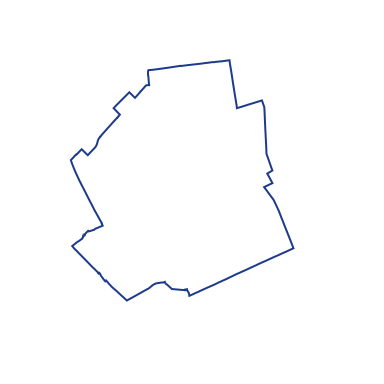 Veenendaal, Utrecht, Netherlands, rotated 220°
{"feature_id": "6326949B99010432218754", "entity_name": "Veenendaal", "entity_type": "district", "adm_level": 2, "iso_a3": "NLD", "parent_name": "Netherlands", "parent_adm1": "Utrecht", "projection": "albers", "projection_center": [5.554, 52.023], "detail": "fine", "context": "isolated", "style": "outline", "palette": "blue", "viewbox_px": 384, "rotation_deg": 220, "n_neighbors": 0, "source": "geoboundaries", "source_scale": "gbopen_adm2", "svg_char_len": 5660}
<svg xmlns="http://www.w3.org/2000/svg" viewBox="0 0 384 384"><g transform="rotate(220 192 192)"><path d="M211.0,69.5L211.0,70.5L210.9,70.5L208.5,69.7L208.3,69.5L207.8,69.3L204.9,68.6L202.6,68.1L201.1,67.8L201.0,69.0L200.2,68.9L198.1,68.6L196.1,68.2L194.0,68.0L192.8,67.8L189.5,67.7L187.0,67.7L184.7,67.6L178.9,67.3L175.4,67.2L174.8,67.1L173.8,67.1L172.1,67.0L171.8,68.0L170.4,71.5L168.3,77.0L164.4,87.3L163.6,89.4L163.4,89.6L163.2,90.0L163.2,90.3L163.0,91.1L162.5,94.0L162.3,95.1L162.0,96.0L161.8,96.7L161.6,97.2L161.2,98.0L160.7,99.0L159.1,100.8L157.5,102.7L157.0,103.3L156.4,103.7L155.8,104.1L155.1,105.7L153.5,104.9L151.0,105.0L148.4,104.9L145.9,104.8L145.1,104.7L136.5,110.7L135.1,111.8L134.4,112.1L134.1,112.3L133.9,112.5L134.5,112.9L133.9,113.6L133.7,113.8L133.5,114.1L133.4,114.3L132.6,113.8L131.6,113.3L130.4,112.9L129.5,112.6L128.7,112.0L128.4,111.8L127.3,110.8L127.0,111.3L126.7,111.9L126.3,112.8L125.9,113.5L125.4,114.7L124.8,115.9L124.2,117.3L123.9,117.8L123.2,119.1L122.6,120.5L122.4,121.1L121.7,122.4L121.3,123.2L120.9,124.1L120.6,124.8L120.2,125.6L119.7,126.6L119.4,127.2L118.7,128.8L118.3,129.5L117.9,130.2L117.7,130.6L117.6,130.9L117.3,131.6L116.5,133.1L116.1,134.0L115.8,134.6L115.3,135.6L115.1,135.9L115.0,136.2L114.8,136.7L114.7,136.9L114.5,137.4L114.4,137.6L114.1,138.2L113.9,138.6L113.7,139.2L113.4,139.9L113.2,140.3L112.9,140.9L112.7,141.3L112.3,142.0L112.0,142.8L111.8,143.2L111.5,143.8L111.3,144.3L111.0,144.8L110.8,145.3L110.4,146.1L110.2,146.4L110.1,146.8L109.9,147.0L109.7,147.4L109.5,148.0L109.2,148.5L109.0,149.2L108.6,149.9L108.5,150.3L108.4,150.5L108.2,150.9L108.0,151.4L107.7,152.0L107.3,152.8L106.4,154.9L105.9,155.9L105.7,156.4L105.4,157.1L105.2,157.5L104.6,158.8L104.3,159.4L104.0,159.9L103.5,160.9L103.2,161.7L102.9,162.3L102.5,163.0L102.3,163.6L101.9,164.4L100.9,166.3L100.7,166.8L100.6,167.0L99.1,170.2L98.7,171.0L98.5,171.6L98.4,171.7L98.1,172.4L97.4,173.8L97.1,174.4L96.7,175.3L96.3,176.1L96.0,176.7L95.6,177.6L95.1,178.8L94.9,179.2L92.6,184.0L91.0,187.2L89.7,190.0L89.5,190.5L89.3,190.7L89.0,191.5L88.7,192.1L87.8,194.0L86.5,196.7L86.1,197.4L85.0,199.7L84.5,200.8L83.5,202.8L83.4,203.1L82.8,204.3L81.5,206.9L80.1,209.9L79.3,211.6L79.2,211.8L78.1,214.1L80.6,215.5L87.9,219.5L93.1,222.3L100.2,226.1L100.3,226.2L103.1,227.7L103.2,227.8L107.0,229.8L113.3,233.3L123.0,237.8L124.7,238.5L129.0,239.5L137.2,241.5L138.8,241.8L139.9,242.1L139.8,242.4L139.3,243.5L138.8,244.5L137.9,246.6L137.4,247.7L136.4,249.7L136.1,250.5L136.9,250.8L138.4,251.4L140.1,252.1L140.7,252.3L142.4,253.0L143.0,253.3L144.2,253.7L145.8,254.4L146.2,254.5L145.9,255.3L145.7,256.1L145.2,257.3L144.9,258.1L144.6,259.1L144.2,260.1L148.3,262.5L155.5,266.8L156.9,267.6L157.3,267.8L158.9,268.8L159.4,269.1L159.5,269.2L160.1,269.8L162.7,272.7L165.0,275.2L167.3,277.6L168.1,278.5L168.4,278.9L170.8,281.4L174.2,285.1L176.2,287.2L179.1,290.4L182.9,294.5L183.1,294.8L185.7,297.6L186.2,298.1L187.6,299.7L191.1,303.4L191.9,303.9L197.3,307.1L201.9,299.9L205.0,295.2L207.7,290.9L207.8,290.8L208.2,290.2L208.4,289.7L208.9,289.0L209.6,288.0L210.6,286.4L211.5,285.1L213.6,287.1L215.7,288.9L217.3,290.3L219.3,292.0L220.6,293.1L224.4,296.4L230.6,301.8L235.6,306.2L238.1,308.4L239.0,309.2L240.4,310.4L245.2,314.5L247.9,316.9L248.0,317.0L253.7,310.7L254.2,310.4L255.8,308.6L256.4,308.0L256.8,307.7L257.7,306.7L258.4,305.8L259.0,305.2L259.5,305.0L262.9,301.2L263.4,300.7L264.2,299.9L265.4,298.6L266.5,297.3L269.9,293.7L275.8,287.5L281.5,281.4L281.8,281.4L282.4,280.7L289.1,273.1L293.4,268.3L297.4,263.9L300.8,260.2L303.0,258.0L303.1,257.9L303.4,257.6L303.7,257.4L303.6,256.9L303.2,256.2L302.8,255.6L302.7,255.4L302.2,254.9L302.0,254.7L301.8,254.4L301.5,254.0L301.2,253.6L301.0,253.4L300.7,253.2L300.2,252.8L299.9,252.7L299.4,252.2L298.8,251.5L298.4,251.1L297.7,250.4L296.9,249.6L296.3,249.0L295.6,248.3L295.3,248.0L295.1,247.8L294.5,247.2L293.8,246.6L293.5,246.3L294.8,245.2L295.2,244.8L295.4,244.5L295.5,244.4L295.6,244.2L295.7,243.9L295.7,243.6L295.7,243.4L295.8,243.2L295.8,242.7L295.8,241.6L295.8,241.0L295.8,240.8L295.9,239.4L295.9,237.8L296.0,236.3L296.2,236.1L296.1,235.5L295.9,235.3L295.9,235.1L296.0,234.2L296.0,233.1L296.0,232.3L296.1,230.5L296.1,229.5L296.2,227.5L296.3,227.5L304.1,228.1L304.1,227.8L304.4,224.9L304.6,222.3L304.9,219.4L305.0,218.1L305.3,214.4L305.5,212.2L305.7,210.0L305.9,205.8L298.1,205.0L297.0,204.9L297.1,202.8L296.9,202.7L296.9,200.8L297.1,200.8L297.2,196.5L297.3,196.5L297.4,192.2L297.6,187.5L297.7,182.9L297.8,180.2L297.9,175.5L297.7,175.5L297.7,174.7L297.9,174.7L297.8,173.9L297.7,173.1L297.6,172.3L297.4,171.6L297.1,170.8L296.9,170.3L296.6,169.6L295.9,168.3L295.6,167.6L295.4,166.9L295.2,166.1L295.0,165.4L294.9,164.1L294.9,163.3L294.9,163.2L295.1,160.3L295.2,158.3L295.4,156.0L295.4,155.0L295.5,153.8L295.5,153.2L300.1,153.5L301.1,153.6L304.0,153.8L304.2,151.3L304.5,146.5L304.8,146.5L305.1,144.4L305.0,143.5L305.3,138.6L302.8,137.0L302.4,136.8L301.9,136.5L299.7,135.3L295.2,132.9L291.0,130.9L286.5,128.8L286.2,128.7L284.8,128.0L284.2,127.8L281.7,126.7L277.8,125.1L273.8,123.4L268.7,121.2L262.3,118.5L261.2,118.1L260.8,117.9L256.8,116.2L256.5,116.0L250.2,113.6L242.4,110.6L241.8,110.6L241.4,110.3L240.7,109.9L240.8,109.7L238.8,108.8L240.3,105.8L241.1,104.3L241.7,103.0L242.5,101.7L242.6,100.3L244.6,97.2L245.8,95.4L246.6,95.5L246.7,94.9L246.8,93.4L246.9,91.9L247.0,90.6L247.2,90.3L246.5,90.2L246.6,87.8L246.4,87.0L246.6,87.1L246.3,86.5L246.4,84.6L247.1,81.7L247.4,81.0L247.6,80.4L247.8,79.8L247.9,79.2L248.3,77.3L249.0,73.6L248.3,73.5L246.0,73.0L244.3,72.9L237.0,72.2L225.8,71.1L224.0,70.9L220.3,70.5L219.4,70.4L217.6,70.4L215.7,70.2L212.8,70.0L212.3,70.0L212.1,69.6L211.0,69.5Z" fill="none" stroke="#1e3a8a" stroke-width="2"/></g></svg>